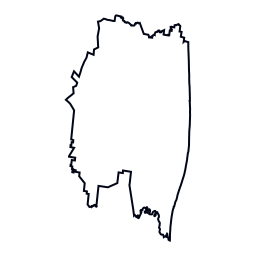 Aldama, Tamaulipas, Mexico
{"feature_id": "50627088B37332042551424", "entity_name": "Aldama", "entity_type": "district", "adm_level": 2, "iso_a3": "MEX", "parent_name": "Mexico", "parent_adm1": "Tamaulipas", "projection": "equal_earth", "projection_center": [-97.97, 22.96], "detail": "fine", "context": "isolated", "style": "outline", "palette": "ink", "viewbox_px": 256, "rotation_deg": 0, "n_neighbors": 0, "source": "geoboundaries", "source_scale": "gbopen_adm2", "svg_char_len": 5540}
<svg xmlns="http://www.w3.org/2000/svg" viewBox="0 0 256 256"><path d="M169.9,240.6L170.0,234.2L170.5,226.2L171.2,220.1L171.5,217.5L172.8,210.0L173.1,209.0L173.6,208.0L173.7,207.0L173.7,206.9L173.9,206.9L174.3,206.1L174.6,205.0L175.2,202.4L175.8,200.9L176.2,200.3L176.6,199.2L177.8,194.0L178.0,193.6L179.1,190.0L179.3,189.7L179.8,187.9L180.8,185.4L180.9,185.0L181.9,182.0L182.4,180.2L183.7,176.2L184.4,173.7L185.3,169.6L186.0,165.4L186.5,162.9L186.6,162.4L187.1,159.5L187.1,159.1L187.6,155.2L187.9,153.0L188.3,151.9L188.4,151.3L188.8,147.2L189.0,145.7L189.1,137.7L189.1,136.6L189.2,136.1L189.2,133.9L189.3,130.7L189.7,126.5L189.8,124.3L190.1,115.2L190.0,111.7L190.1,109.3L189.8,102.3L189.9,101.7L189.9,101.4L189.6,101.0L189.9,100.8L189.9,100.6L189.9,99.6L189.9,97.4L189.6,86.7L189.3,83.0L189.2,79.4L189.2,76.0L189.2,74.8L189.2,74.0L189.1,72.4L189.0,70.6L188.8,60.7L188.3,47.6L188.3,42.1L186.3,41.6L185.3,41.1L185.0,41.1L184.3,41.6L183.9,41.6L183.7,41.8L184.2,37.7L180.8,36.7L181.6,31.9L179.6,31.5L180.3,26.0L179.3,25.0L178.9,25.0L178.7,24.7L178.7,24.3L178.5,24.1L178.2,24.2L177.9,24.5L177.4,24.5L176.2,25.2L175.3,25.0L175.0,25.3L174.6,25.3L174.3,27.4L171.1,26.7L170.6,26.9L170.7,27.6L170.9,27.6L170.8,28.4L171.3,28.5L171.1,29.8L171.8,29.9L171.6,30.9L169.8,30.5L169.2,35.2L168.2,34.9L168.1,35.4L163.6,34.6L164.1,30.1L162.2,31.0L161.7,31.7L161.4,31.9L161.2,32.2L160.7,32.3L160.6,31.9L160.2,32.2L159.8,32.2L159.6,31.5L159.5,31.1L159.4,30.7L159.0,30.5L158.2,30.9L158.0,31.2L157.9,31.0L157.4,31.6L157.0,31.9L156.7,31.9L156.4,31.9L156.1,32.1L155.4,32.3L155.0,33.3L154.9,33.6L154.7,34.0L154.7,34.4L154.5,34.2L154.3,34.4L154.1,34.9L154.0,35.1L153.5,35.2L153.3,35.4L152.8,35.4L152.6,35.8L151.6,36.4L152.3,36.5L152.2,37.7L149.0,37.4L149.0,36.6L148.9,36.3L148.4,34.8L143.8,33.9L139.8,23.0L139.3,23.3L138.8,23.4L138.4,23.2L138.0,22.7L137.7,22.6L136.3,23.0L136.2,23.0L136.3,23.4L136.2,23.6L135.4,23.5L135.2,23.6L134.9,24.1L134.6,25.2L134.2,25.5L133.4,25.5L132.8,25.6L132.3,25.4L131.9,25.5L131.6,25.3L131.5,25.2L131.2,25.4L130.0,23.9L129.0,23.1L128.6,22.7L127.7,22.4L127.7,22.5L127.1,22.5L126.7,22.8L126.3,22.8L125.6,22.2L125.1,22.3L124.8,22.2L124.6,22.0L124.3,21.0L123.9,20.8L123.3,20.7L122.9,20.2L122.8,19.8L122.8,19.2L123.2,18.6L123.2,18.4L122.9,17.6L122.7,17.4L122.1,17.4L121.5,17.9L121.2,17.8L120.8,17.5L121.1,16.5L117.6,15.7L116.5,15.4L115.9,15.5L115.3,16.3L114.6,21.0L113.4,21.0L109.5,20.1L107.1,19.8L105.9,19.2L103.8,18.7L100.5,21.1L98.0,21.6L99.1,28.3L97.6,36.5L98.2,47.4L94.0,49.5L93.6,54.8L87.8,52.4L86.5,57.7L84.3,61.7L81.7,67.8L80.4,72.4L79.0,76.7L74.0,71.3L71.7,77.1L77.2,82.6L76.2,85.8L73.1,87.2L73.6,93.3L67.9,97.9L65.9,99.8L69.1,102.6L70.4,104.1L73.4,109.1L74.1,110.5L71.2,139.4L73.3,140.1L73.1,142.4L71.7,142.2L71.3,145.2L70.6,145.1L70.4,147.1L74.1,147.8L69.0,156.2L69.0,156.7L75.2,157.7L74.9,160.5L71.8,160.0L71.2,165.0L70.6,164.9L70.5,166.1L72.3,166.5L72.0,168.9L72.7,168.9L72.3,172.2L73.5,172.5L73.8,169.7L75.7,170.3L75.5,171.8L79.6,172.5L79.2,176.3L84.7,183.2L83.9,190.9L86.9,191.4L86.7,193.7L88.7,194.0L87.6,204.5L89.5,207.0L90.6,206.8L91.0,206.8L91.3,206.6L91.4,206.9L91.6,207.1L91.8,206.9L91.6,206.6L91.7,206.2L92.0,206.3L92.5,205.9L93.0,206.0L93.3,205.7L93.7,205.8L93.8,205.6L94.2,205.3L94.2,205.0L94.4,204.9L95.4,205.2L95.6,205.0L95.8,205.1L96.0,205.4L96.0,205.5L95.8,205.5L95.9,206.0L96.1,206.1L96.1,206.3L96.0,206.5L96.5,206.7L96.8,207.0L97.0,207.2L96.5,206.1L96.5,204.9L98.5,185.9L107.9,187.3L117.3,183.1L118.6,172.4L122.8,173.1L123.0,170.5L131.0,171.8L129.6,184.4L129.4,184.9L133.3,209.8L134.0,215.3L134.3,214.9L134.8,214.9L135.0,215.1L135.2,215.8L135.3,215.9L136.0,216.2L136.2,216.9L136.4,217.1L136.6,217.0L136.6,216.6L136.7,216.3L137.4,215.6L137.6,215.5L137.9,215.4L138.2,215.6L138.8,216.6L138.8,217.0L138.7,217.1L138.4,217.4L138.2,218.0L138.4,218.1L138.7,218.0L139.1,217.6L139.3,216.8L139.7,215.9L140.6,214.2L141.2,212.7L141.3,212.4L141.2,212.2L140.7,212.4L140.5,210.5L140.7,210.2L141.2,210.0L142.1,210.3L142.4,210.3L142.5,209.5L142.7,208.9L143.0,208.5L143.6,207.8L144.2,207.6L144.5,207.6L145.3,208.1L145.8,208.7L146.1,209.3L146.2,209.9L146.0,210.5L144.9,211.6L144.8,212.2L144.9,212.5L145.1,212.8L145.4,212.8L145.7,212.7L146.4,211.8L146.7,211.1L146.8,210.5L146.8,210.0L146.3,207.9L146.4,207.5L146.6,207.3L146.9,207.2L147.2,207.5L147.5,208.6L147.5,209.4L147.3,210.7L147.0,211.8L147.0,212.4L147.1,212.6L147.3,212.7L148.3,210.2L148.7,209.6L149.2,209.3L149.5,209.3L149.7,209.5L149.9,209.9L150.1,210.7L150.1,211.4L149.9,212.0L149.2,213.2L149.1,213.6L149.1,213.8L149.2,214.0L149.4,214.2L150.3,214.2L151.3,214.4L151.7,214.4L152.2,214.1L152.4,213.6L152.7,212.5L153.0,212.0L153.6,211.5L154.6,211.0L155.2,211.0L155.5,211.4L155.6,212.2L155.5,212.9L155.3,213.6L155.0,214.2L154.3,215.2L154.2,215.5L154.3,215.9L154.5,216.1L154.8,216.1L155.1,215.9L155.6,215.3L155.7,214.4L155.9,213.5L156.2,212.9L156.6,212.2L157.1,212.1L157.3,212.2L157.7,213.4L158.5,214.5L158.8,215.3L158.9,216.1L158.9,216.7L158.8,217.2L158.2,218.4L158.1,219.1L158.2,219.6L158.9,221.5L159.7,222.5L159.8,223.1L159.6,225.4L159.4,226.3L159.1,227.2L159.1,227.6L159.1,227.9L159.8,228.6L160.0,229.3L159.9,229.7L159.6,230.7L159.5,231.9L159.6,232.4L160.1,233.1L160.8,234.3L161.4,234.6L162.5,234.6L163.0,234.7L163.4,235.4L163.6,236.1L163.8,237.1L164.1,236.9L164.5,236.7L165.0,236.6L165.4,236.3L165.5,236.4L165.8,236.7L166.5,236.9L166.5,236.5L166.2,235.8L166.2,235.5L166.5,235.4L166.7,234.8L166.8,234.3L167.1,233.7L167.2,233.8L167.4,234.5L167.3,235.1L167.4,235.5L168.4,238.7L168.6,239.8L168.8,239.9L169.7,240.6L169.9,240.6Z" fill="none" stroke="#020617" stroke-width="2"/></svg>